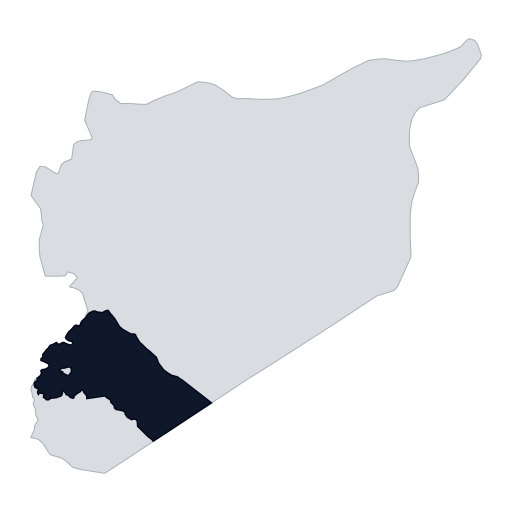 Rif Dimashq on a map of Syria (Albers equal-area conic projection)
{"feature_id": "SYR-144", "entity_name": "Rif Dimashq", "entity_type": "Province", "adm_level": 1, "iso_a3": "SYR", "parent_name": "Syria", "parent_adm1": "", "projection": "albers", "projection_center": [36.607, 33.459], "detail": "fine", "context": "in_parent", "style": "filled", "palette": "ink", "viewbox_px": 512, "rotation_deg": 0, "n_neighbors": 0, "source": "natural_earth", "source_scale": "10m", "svg_char_len": 6583}
<svg xmlns="http://www.w3.org/2000/svg" viewBox="0 0 512 512"><path d="M40.1,166.3L45.3,166.9L56.3,173.7L58.1,173.5L61.5,164.6L64.8,161.7L71.6,159.1L73.6,144.8L76.7,142.0L80.6,140.6L86.4,140.3L91.6,139.5L91.9,136.9L84.7,120.4L85.4,116.3L88.8,99.7L91.0,93.2L93.0,91.1L101.1,91.9L112.4,94.8L115.4,99.5L121.0,103.7L129.3,103.4L138.8,104.2L146.3,104.4L152.3,101.3L165.7,95.7L172.4,93.7L178.4,91.2L197.7,81.8L205.6,82.4L210.9,83.5L215.0,84.9L224.3,90.9L232.0,97.1L237.4,98.8L246.9,98.5L260.8,99.4L277.8,98.9L287.7,96.8L300.2,93.4L322.5,85.2L351.6,68.6L368.7,60.4L376.2,59.2L385.9,58.8L395.8,60.3L406.9,61.2L412.0,60.9L423.9,58.8L439.3,54.9L448.9,51.8L460.4,47.0L467.4,39.6L469.7,38.7L472.8,39.8L474.3,40.2L477.5,44.1L481.2,54.2L481.3,55.3L480.8,58.3L473.6,67.2L463.8,79.2L456.6,86.8L444.6,99.7L435.2,102.8L419.4,107.9L415.3,112.4L411.7,119.5L409.7,129.0L409.3,134.9L409.4,146.0L413.7,157.3L417.8,168.1L418.6,175.3L418.5,182.5L415.4,190.3L412.0,201.0L410.3,212.9L410.1,235.2L411.0,254.1L410.8,257.2L404.7,270.8L397.5,286.8L394.0,290.5L376.9,295.9L358.4,308.0L337.8,321.6L318.9,333.8L299.1,346.6L278.4,359.8L263.6,369.2L243.7,381.7L225.6,393.7L207.2,405.7L193.1,414.8L171.7,429.1L159.1,437.5L140.6,449.8L124.2,460.6L104.7,473.3L80.3,469.5L72.6,467.3L66.3,461.3L61.7,458.1L50.1,454.7L42.8,443.4L38.4,439.3L30.7,437.5L34.1,430.2L34.7,425.5L38.1,419.7L36.0,415.8L35.1,407.7L33.6,405.7L33.1,403.5L34.3,400.9L33.9,398.2L32.6,397.1L32.0,393.0L30.9,390.0L31.5,386.4L33.2,384.0L35.0,379.5L37.0,378.1L40.3,375.2L41.1,372.3L44.1,369.4L48.0,367.0L48.8,365.1L48.3,364.0L44.4,361.8L42.4,358.0L44.2,352.5L45.5,350.8L47.8,348.1L53.0,344.1L57.1,343.4L60.6,343.5L66.6,343.8L71.2,344.6L72.4,343.5L72.2,342.2L66.5,338.8L66.2,336.2L67.6,333.3L71.7,328.8L76.5,325.6L78.9,325.0L84.4,318.4L88.0,311.0L82.3,293.0L78.9,290.1L73.3,287.6L70.0,287.2L69.8,286.0L74.2,281.5L77.3,277.5L73.9,273.7L67.7,271.9L65.4,275.8L57.5,276.2L45.3,276.1L40.0,257.0L39.2,248.8L39.4,239.3L43.2,225.4L41.5,218.9L41.4,214.6L40.5,208.6L31.0,195.6L36.4,172.0L40.1,166.3Z" fill="#d9dde1" stroke="#a8b0b8" stroke-width="1"/><path d="M78.1,325.9L79.0,325.8L80.2,325.3L80.6,324.5L80.7,323.5L81.1,322.3L82.5,320.5L85.7,317.8L87.3,315.1L89.3,312.9L90.7,312.3L92.4,311.4L93.6,311.1L95.2,311.1L95.5,311.2L96.8,311.9L101.8,312.6L102.4,312.6L102.6,312.5L105.1,311.1L107.2,310.4L107.7,310.4L108.1,310.4L108.5,310.7L109.3,312.0L109.6,312.5L111.2,314.5L112.2,315.4L113.2,317.0L114.5,318.3L114.9,318.9L115.4,319.8L116.4,321.4L116.8,322.2L116.9,322.3L117.5,323.1L117.6,323.4L118.3,324.6L118.3,324.8L118.5,325.1L118.7,325.4L118.8,325.5L119.1,325.8L119.4,326.2L119.7,326.7L122.2,328.9L122.9,329.5L123.4,329.7L123.5,329.8L130.4,333.7L131.1,334.0L131.4,334.0L132.2,334.1L133.5,333.9L135.0,334.4L135.4,334.6L135.5,334.8L135.6,335.0L136.0,336.3L136.3,336.7L136.3,336.8L140.0,342.8L140.5,343.2L141.6,343.9L147.3,349.6L148.6,350.3L149.3,350.9L156.2,357.2L156.6,357.9L157.3,359.6L157.4,360.1L157.5,360.3L158.0,361.6L158.2,362.1L158.6,363.2L163.5,369.7L168.4,373.4L170.4,374.5L171.1,375.0L172.2,375.5L174.8,376.1L175.6,376.4L176.7,376.6L176.9,376.6L177.0,376.7L177.7,377.0L178.1,377.3L179.9,378.7L182.1,380.0L211.5,402.9L205.5,406.8L193.2,414.9L184.1,420.9L172.0,428.9L159.8,436.9L153.2,441.2L152.0,439.7L151.3,439.0L147.8,436.4L138.0,426.6L137.8,426.3L137.7,426.3L137.7,426.1L137.6,425.8L137.3,421.9L137.1,421.1L137.0,420.8L136.8,420.5L136.5,420.1L136.0,419.5L134.9,419.2L132.8,419.1L132.5,419.2L132.3,419.4L132.2,419.5L131.8,419.6L131.7,419.7L130.8,419.2L127.1,417.1L127.0,416.6L126.8,416.4L126.7,416.3L126.5,416.1L126.4,416.0L126.4,415.9L126.2,415.6L126.1,415.4L125.9,415.1L125.7,415.0L125.6,414.9L125.5,414.7L125.3,414.4L125.2,414.2L125.2,413.5L125.2,413.2L125.2,412.8L125.2,412.7L125.1,412.4L124.9,412.2L124.7,412.0L123.8,411.5L123.5,411.3L123.3,411.1L123.2,411.0L122.8,410.8L118.1,409.8L117.7,409.8L116.5,409.6L116.2,409.5L114.8,408.4L114.6,408.2L114.5,407.9L114.4,407.6L114.3,407.3L114.3,406.5L114.1,405.8L114.0,405.5L113.9,405.3L113.7,405.1L111.2,402.6L111.0,402.4L110.9,402.1L110.7,401.1L110.7,400.8L110.4,400.2L109.6,399.3L109.4,399.2L107.3,398.0L106.7,397.6L106.1,397.0L105.8,396.7L105.1,396.0L105.0,395.9L86.9,398.6L86.8,397.7L86.7,396.3L86.7,396.1L86.6,395.8L86.5,395.5L86.4,395.4L84.0,392.6L83.8,392.3L83.7,392.1L83.4,391.0L83.3,390.8L83.1,390.5L83.0,390.3L82.9,390.2L82.7,390.0L82.4,390.0L82.1,390.0L80.9,390.8L80.5,391.3L80.3,391.6L76.8,393.7L76.8,393.8L76.5,394.0L74.3,395.9L74.1,396.3L74.0,396.6L73.9,397.5L73.8,397.8L73.7,398.0L73.4,398.2L73.0,398.2L72.5,398.1L70.6,397.5L70.3,397.3L70.2,397.1L69.9,396.9L69.2,396.5L69.1,396.4L69.1,396.2L68.8,395.6L68.7,395.5L68.6,395.4L68.4,395.2L68.0,395.0L66.6,394.8L66.3,394.7L66.2,394.6L66.0,394.4L65.9,394.1L65.8,393.3L65.8,393.1L65.7,393.0L65.6,392.9L65.4,392.7L64.7,392.3L64.5,392.2L64.3,392.0L64.0,391.6L63.4,390.6L63.2,390.4L63.0,390.2L62.8,390.4L62.6,390.7L62.2,391.5L62.1,391.8L62.1,392.1L62.3,393.1L62.4,393.4L62.4,393.6L62.2,394.0L62.1,394.3L61.7,395.1L61.4,395.7L60.8,396.1L57.8,397.1L56.7,397.6L56.4,397.7L50.7,398.2L49.6,399.2L49.1,399.5L48.9,399.6L48.4,399.8L48.0,399.8L46.6,399.8L46.2,399.7L45.9,399.4L45.5,398.5L45.2,398.3L45.0,398.1L43.5,397.5L43.6,396.9L43.6,396.5L43.6,395.2L43.7,394.5L43.7,394.2L43.6,393.8L43.5,393.7L43.2,393.5L42.3,393.3L41.4,393.3L39.8,393.0L39.6,393.0L39.2,393.2L39.1,393.3L38.9,393.5L38.8,393.9L38.7,394.2L38.6,394.3L38.5,394.5L38.4,394.4L38.2,394.2L37.8,393.2L37.7,392.9L37.7,392.7L37.6,392.4L37.7,392.0L37.7,391.5L37.9,391.0L38.0,390.8L38.1,390.6L38.4,390.2L38.7,389.7L38.8,389.6L38.0,388.9L35.1,387.4L34.5,386.0L34.2,384.9L34.2,383.8L34.5,382.7L35.3,381.7L36.4,380.9L37.1,380.2L37.3,379.4L37.1,378.1L38.4,377.4L40.6,375.5L41.8,372.8L40.8,371.1L41.6,369.9L43.3,369.4L45.0,369.4L46.3,368.8L47.8,367.9L48.9,366.6L49.1,365.0L48.5,364.0L47.3,363.1L46.0,362.5L45.0,362.2L43.4,361.2L41.8,360.9L40.9,360.3L41.1,358.5L41.4,358.2L42.4,357.9L42.7,357.6L42.9,356.7L42.7,355.2L42.8,354.5L43.3,353.7L44.6,352.5L45.1,351.6L46.1,350.1L48.4,348.1L49.4,346.3L50.1,345.4L51.2,344.9L52.5,344.6L53.8,344.0L56.3,342.5L56.8,342.8L57.7,343.9L58.3,344.3L59.7,344.2L60.9,343.6L61.9,342.8L62.9,342.4L64.2,342.6L67.8,344.4L70.5,345.1L71.8,344.8L72.7,343.7L72.6,342.0L71.3,341.2L68.6,340.7L66.5,339.1L66.0,338.6L65.6,337.7L65.5,337.4L67.0,334.4L68.0,332.8L69.1,331.5L71.9,329.0L74.3,326.0L75.7,325.2L76.6,325.3L78.1,325.9ZM68.9,375.8L69.1,374.7L70.7,373.1L71.4,371.2L71.3,369.6L71.3,368.7L70.2,367.1L68.2,367.0L64.3,368.1L62.1,368.2L59.4,369.7L59.9,371.3L61.0,371.1L62.7,372.0L61.2,373.6L61.6,374.4L63.2,373.3L67.5,375.5L68.9,375.8Z" fill="#0f172a" stroke="#020617" stroke-width="1.5"/></svg>